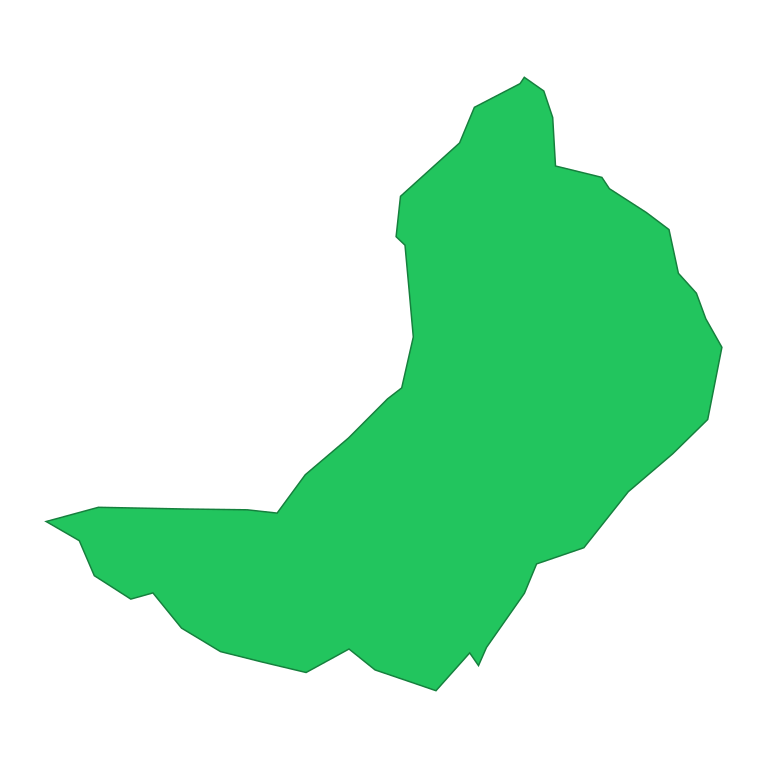 the district of Agia Marinouda, Paphos, Cyprus
{"feature_id": "46923920B24461957866054", "entity_name": "Agia Marinouda", "entity_type": "district", "adm_level": 2, "iso_a3": "CYP", "parent_name": "Cyprus", "parent_adm1": "Paphos", "projection": "orthographic", "projection_center": [32.475, 34.762], "detail": "fine", "context": "isolated", "style": "filled", "palette": "green", "viewbox_px": 768, "rotation_deg": 0, "n_neighbors": 0, "source": "geoboundaries", "source_scale": "gbopen_adm2", "svg_char_len": 725}
<svg xmlns="http://www.w3.org/2000/svg" viewBox="0 0 768 768"><path d="M478.5,665.6L486.5,647.4L524.4,593.3L536.6,563.9L583.9,547.7L628.3,491.7L672.8,453.7L707.7,419.5L721.9,347.3L705.8,318.8L696.4,293.2L678.4,273.3L669.0,229.6L646.3,212.5L609.4,188.7L601.9,177.4L555.5,166.0L552.7,117.5L543.8,91.0L524.3,77.3L520.1,83.6L474.4,107.3L459.6,142.9L400.5,196.3L396.1,236.7L405.0,245.2L409.2,291.1L413.3,337.0L401.7,387.9L387.6,398.8L348.5,438.0L305.3,474.7L277.1,513.1L247.2,509.8L184.8,509.0L98.4,507.3L46.1,521.5L79.3,540.7L94.3,575.7L130.8,599.1L152.9,592.9L181.5,628.1L220.5,651.6L262.0,662.0L306.1,672.5L349.0,649.0L375.0,669.9L436.0,690.7L469.7,652.9L478.5,665.6Z" fill="#22c55e" stroke="#15803d" stroke-width="1.5"/></svg>